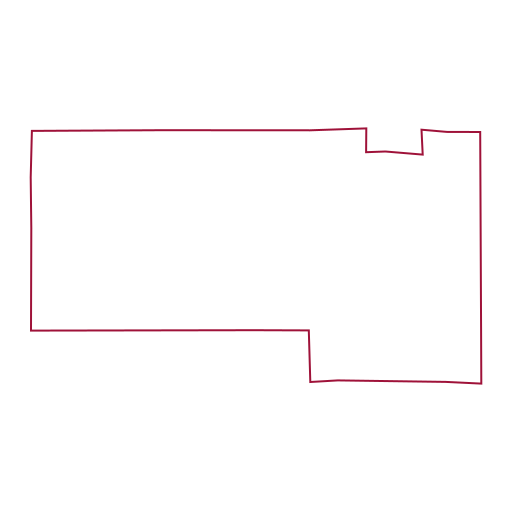 outline of Oneida, Wisconsin, United States of America
{"feature_id": "52423323B37624574401455", "entity_name": "Oneida", "entity_type": "district", "adm_level": 2, "iso_a3": "USA", "parent_name": "United States of America", "parent_adm1": "Wisconsin", "projection": "equal_earth", "projection_center": [-89.465, 45.683], "detail": "fine", "context": "isolated", "style": "outline", "palette": "rose", "viewbox_px": 512, "rotation_deg": 0, "n_neighbors": 0, "source": "geoboundaries", "source_scale": "gbopen_adm2", "svg_char_len": 374}
<svg xmlns="http://www.w3.org/2000/svg" viewBox="0 0 512 512"><path d="M31.9,130.9L30.7,177.3L31.3,228.2L31.0,330.6L254.5,330.2L308.8,330.4L310.3,382.0L337.8,380.4L445.8,381.9L481.3,383.6L481.1,333.2L480.2,132.0L446.8,131.9L421.5,129.7L422.7,154.6L385.4,151.5L366.1,152.2L366.3,128.4L310.1,130.3L160.8,130.2L31.9,130.9Z" fill="none" stroke="#9f1239" stroke-width="2"/></svg>